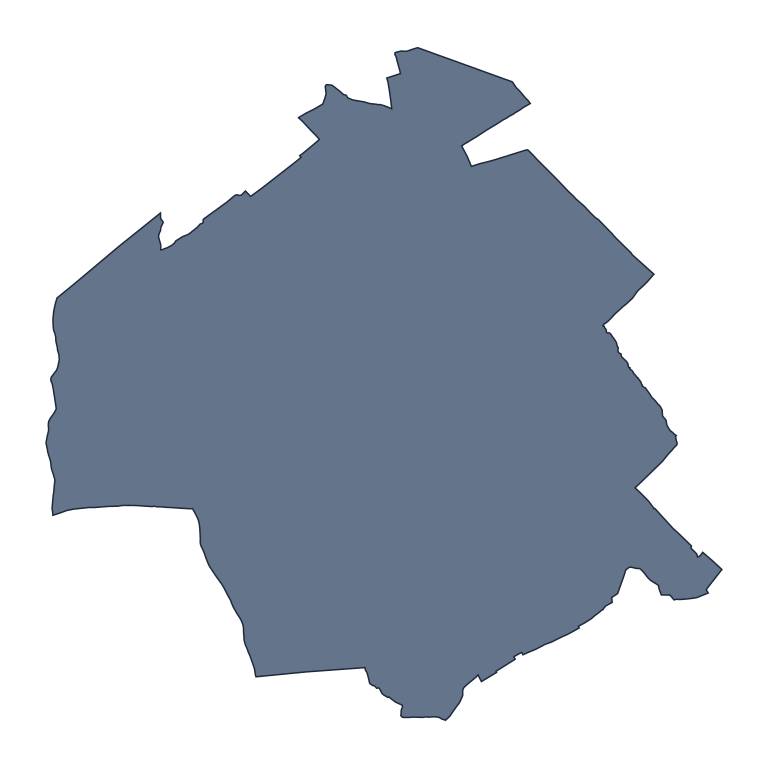 the district of Cozmesti, Iasi, Romania
{"feature_id": "2599482B90266436678588", "entity_name": "Cozmesti", "entity_type": "district", "adm_level": 2, "iso_a3": "ROU", "parent_name": "Romania", "parent_adm1": "Iasi", "projection": "albers", "projection_center": [28.011, 46.872], "detail": "fine", "context": "isolated", "style": "filled", "palette": "slate", "viewbox_px": 768, "rotation_deg": 0, "n_neighbors": 0, "source": "geoboundaries", "source_scale": "gbopen_adm2", "svg_char_len": 6032}
<svg xmlns="http://www.w3.org/2000/svg" viewBox="0 0 768 768"><path d="M523.0,654.8L528.0,652.5L535.9,649.2L545.0,644.4L551.4,642.1L561.8,636.9L567.3,634.5L579.2,628.0L578.4,626.3L584.6,622.9L591.2,618.8L594.8,615.6L598.0,613.3L601.6,610.3L603.4,609.3L603.5,608.6L605.8,605.9L612.2,602.4L611.7,597.5L617.6,593.6L623.6,576.8L625.8,570.0L628.8,567.5L630.8,567.1L637.2,568.6L639.1,568.4L640.0,568.8L641.7,570.2L644.6,573.5L647.9,577.8L650.7,580.5L658.2,585.1L659.4,589.9L661.3,594.9L670.0,595.1L674.0,599.9L676.3,599.3L679.9,599.5L686.7,599.0L691.8,598.4L696.9,597.6L708.2,593.0L706.3,589.7L706.8,588.8L721.9,569.5L712.4,560.7L702.7,552.3L700.1,555.8L698.7,556.6L697.5,556.9L697.0,554.6L696.5,553.7L693.9,551.0L691.6,548.9L691.0,547.8L691.5,546.0L677.8,532.7L673.1,528.5L654.8,508.4L653.7,508.6L653.3,507.5L652.8,506.7L651.5,505.2L650.4,503.5L648.6,501.2L640.4,492.8L635.1,487.9L662.3,461.5L668.8,453.5L671.9,450.3L674.2,447.5L676.4,445.4L676.9,444.8L677.1,444.1L677.1,442.8L676.5,441.4L675.5,436.4L676.3,435.6L674.1,434.0L672.6,432.4L671.8,431.9L670.0,430.3L669.3,429.4L667.0,425.4L666.4,422.6L666.3,421.3L665.9,419.9L662.6,416.2L662.1,409.8L660.2,406.4L659.0,404.9L658.5,404.7L657.3,403.3L656.7,402.4L654.0,399.4L652.6,398.1L652.2,398.0L650.4,394.9L645.4,387.9L643.9,387.3L642.6,386.2L642.3,385.9L642.3,385.2L641.4,383.7L640.7,381.5L640.1,381.1L639.4,379.9L638.1,378.4L638.0,377.8L636.9,377.2L634.9,374.5L633.6,373.5L633.3,372.4L631.8,370.3L630.0,369.3L630.2,368.6L630.1,367.8L628.8,367.4L628.7,366.9L628.0,365.9L628.2,364.3L627.1,362.3L625.8,360.7L623.9,359.1L623.5,358.5L622.3,357.6L621.2,355.9L621.2,354.6L620.7,353.7L619.3,353.3L618.7,352.2L618.3,352.0L617.9,351.0L618.2,348.1L618.0,347.2L617.2,346.2L616.7,343.5L615.8,341.4L613.7,338.2L612.5,336.9L611.3,334.8L610.0,333.3L609.0,332.8L607.9,332.9L607.0,332.6L606.4,332.2L606.2,331.4L606.4,330.5L606.1,329.6L605.1,328.2L604.6,327.8L604.2,326.3L602.9,325.8L604.0,324.0L605.8,323.0L608.3,321.0L610.8,318.5L615.0,313.9L622.8,306.8L626.5,303.8L632.5,298.2L637.0,291.8L638.8,289.8L643.5,285.6L647.4,281.7L653.9,274.2L632.2,254.7L631.1,252.9L616.1,238.2L613.3,235.2L612.4,234.0L598.4,219.6L595.5,217.7L590.2,212.6L584.6,206.5L576.1,199.1L573.2,195.9L568.4,191.4L555.9,178.3L536.9,159.3L533.5,155.5L528.5,150.5L527.4,149.8L525.4,150.2L507.8,155.7L507.0,156.1L504.5,156.7L495.1,159.7L487.9,161.7L479.7,163.7L471.4,166.4L467.1,156.2L461.7,146.1L462.0,145.7L462.6,145.5L463.3,144.7L476.6,136.7L486.3,130.3L498.0,123.2L503.1,119.9L507.3,117.7L509.0,116.4L513.5,114.0L514.9,112.9L517.9,111.2L521.0,109.2L523.1,107.6L530.3,103.5L528.1,100.5L525.6,98.1L519.1,90.4L516.3,87.7L512.4,81.9L417.7,47.7L413.5,48.9L407.2,51.1L403.2,51.3L401.9,50.9L396.3,52.2L395.0,52.8L394.9,54.7L395.7,55.9L396.4,57.6L396.7,59.5L399.9,71.0L400.4,73.6L386.8,78.0L388.0,82.3L389.5,91.4L390.9,101.4L391.1,104.1L391.6,107.0L391.6,108.8L389.6,107.8L384.0,105.6L379.7,104.5L377.9,104.7L376.9,104.3L370.0,103.6L364.1,101.9L352.6,99.9L347.9,97.9L347.4,97.4L346.7,95.9L346.2,95.2L343.6,94.6L339.9,91.3L332.2,85.3L329.7,84.9L326.5,84.7L325.9,85.1L325.2,86.6L325.6,89.3L325.7,91.3L326.1,92.8L326.0,94.2L324.9,98.2L322.8,104.0L314.0,109.2L305.9,113.2L298.5,117.6L298.5,118.0L299.2,118.3L302.5,121.4L312.8,132.4L315.4,134.9L319.3,139.3L318.4,140.3L313.3,144.7L302.7,153.5L299.7,155.7L301.0,157.4L296.3,161.3L260.5,189.2L250.6,196.4L245.4,191.0L241.7,194.8L240.7,195.3L238.9,195.4L237.4,194.8L235.1,195.2L226.6,202.3L203.9,218.8L203.4,219.3L203.1,219.9L203.2,222.2L203.1,222.6L202.7,223.1L200.1,224.1L197.6,227.0L189.7,233.4L187.6,234.7L182.6,236.6L175.8,240.9L174.5,243.0L171.8,245.3L167.1,247.8L163.9,248.9L162.4,249.7L160.8,249.9L160.8,246.0L160.6,244.2L159.1,239.0L158.5,236.3L159.4,232.9L160.5,230.7L160.8,227.9L161.0,227.2L163.1,222.7L163.1,222.0L161.2,219.3L160.6,218.2L160.5,213.0L118.5,246.7L74.5,283.7L57.0,298.0L55.3,303.8L53.8,310.8L53.0,318.2L53.0,322.6L53.3,328.1L53.7,330.4L55.0,333.9L55.7,336.9L55.8,339.9L56.0,341.7L57.3,347.4L57.6,350.4L58.9,354.6L59.3,359.8L57.8,366.8L57.0,369.2L56.3,370.5L51.3,377.1L51.0,378.1L50.8,379.7L50.9,380.7L52.2,383.8L53.2,388.6L56.2,408.1L56.2,408.9L55.3,410.9L53.5,413.9L50.2,418.4L48.7,421.4L48.4,423.2L48.3,425.4L48.6,429.3L48.5,431.0L47.5,435.0L46.1,442.0L46.2,444.0L47.2,448.5L47.9,452.8L48.5,454.1L48.5,455.2L48.9,455.9L50.4,460.7L50.8,463.3L51.2,467.1L51.7,469.6L53.2,473.9L54.8,479.3L54.9,480.4L54.5,483.3L53.7,492.4L53.2,495.5L52.1,507.9L52.1,509.4L52.7,511.7L52.7,513.1L52.9,515.3L60.0,513.0L66.8,510.5L73.1,509.2L88.8,507.5L94.7,507.5L108.4,506.4L117.9,506.2L121.9,505.5L124.4,505.4L135.9,505.5L152.1,506.6L154.4,506.2L156.8,506.8L162.0,506.9L166.8,507.4L172.2,507.6L183.3,508.4L190.7,508.8L192.5,508.6L195.5,514.0L197.2,517.4L198.3,520.0L199.2,523.5L199.8,528.2L200.3,538.4L200.2,542.3L200.6,544.7L201.2,546.3L202.2,548.3L204.2,552.8L206.2,558.7L208.6,564.6L209.9,567.0L216.3,576.6L221.5,583.8L223.8,587.6L228.5,596.7L230.4,599.8L231.2,602.2L233.2,606.9L236.7,613.1L240.1,618.4L241.3,620.6L242.7,624.0L243.2,626.0L243.5,628.8L243.6,633.1L243.9,635.8L244.1,639.9L244.5,642.0L245.6,645.4L247.1,648.7L248.2,651.9L250.3,656.7L254.1,667.5L254.6,669.6L255.4,674.7L255.9,676.5L256.0,676.5L256.1,676.8L306.2,671.9L365.0,667.6L365.2,669.6L366.2,671.4L366.7,672.1L367.1,673.0L368.7,678.9L369.5,682.8L370.1,683.8L371.8,684.9L372.2,685.4L374.3,685.8L374.9,686.2L376.6,688.2L377.5,688.2L378.3,687.8L379.3,688.3L381.9,693.2L382.8,694.3L383.9,695.1L388.1,697.5L389.1,697.0L390.9,698.7L393.2,700.3L395.1,701.9L402.2,705.2L402.5,707.0L401.6,709.0L401.2,710.5L401.1,713.6L400.8,715.4L401.3,716.2L402.3,717.2L404.0,717.5L410.3,717.4L412.6,717.1L422.6,717.4L426.4,716.8L427.8,717.2L433.7,716.8L436.7,717.0L438.9,717.3L442.0,719.1L443.4,719.6L444.7,719.8L445.5,720.3L449.8,716.3L451.7,713.4L456.8,706.2L459.0,703.4L460.0,701.7L462.7,695.6L462.7,691.1L462.8,690.1L463.3,688.6L464.1,687.3L467.1,684.5L476.2,677.0L477.7,675.1L478.1,674.9L478.4,675.7L481.4,681.6L496.6,672.4L496.0,671.3L515.2,659.2L513.9,656.6L521.7,652.4L523.0,654.8Z" fill="#64748b" stroke="#1e293b" stroke-width="1.5"/></svg>